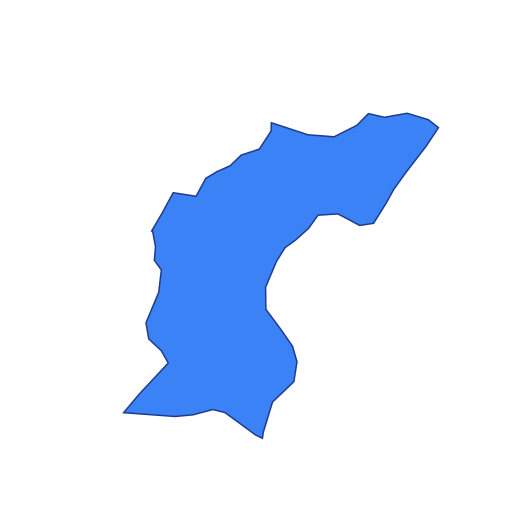 outline of Ainaro, rotated 27°
{"feature_id": "TLS-545", "entity_name": "Ainaro", "entity_type": "District", "adm_level": 1, "iso_a3": "TLS", "parent_name": "East Timor", "parent_adm1": "", "projection": "robinson", "projection_center": [125.566, -9.004], "detail": "fine", "context": "isolated", "style": "filled", "palette": "blue", "viewbox_px": 512, "rotation_deg": 27, "n_neighbors": 0, "source": "natural_earth", "source_scale": "10m", "svg_char_len": 893}
<svg xmlns="http://www.w3.org/2000/svg" viewBox="0 0 512 512"><g transform="rotate(27 256 256)"><path d="M344.5,415.5L337.1,415.7L299.4,409.6L287.2,412.4L272.0,426.1L256.8,435.7L209.2,455.7L214.5,432.6L226.4,391.2L214.5,383.3L198.1,378.6L188.3,365.5L185.8,332.5L178.0,311.4L167.4,306.0L162.3,293.4L152.6,280.8L151.7,281.1L152.9,260.1L153.5,237.2L175.5,230.0L176.0,209.6L183.0,198.4L192.0,187.3L197.0,172.8L210.4,159.3L212.7,137.9L209.2,130.3L212.4,129.8L247.3,124.4L271.5,114.3L286.6,93.7L291.5,78.1L307.5,74.1L316.7,67.1L325.9,60.2L347.7,56.3L360.3,58.8L358.0,78.8L357.9,80.2L351.7,113.2L348.5,134.0L348.0,149.5L345.9,173.5L334.5,181.7L309.9,181.3L292.7,191.5L290.3,207.5L284.1,223.6L278.1,235.4L276.7,251.5L278.7,279.4L289.0,299.0L311.2,310.0L329.6,319.9L340.5,331.6L346.8,350.7L342.3,363.6L337.0,378.6L342.5,409.7L344.5,415.5Z" fill="#3b82f6" stroke="#1e3a8a" stroke-width="1.5"/></g></svg>